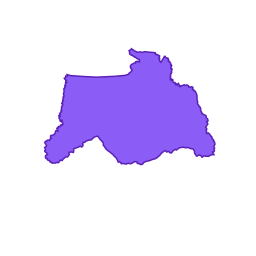 Tharaka, Eastern, Kenya (Mercator projection), rotated 43°
{"feature_id": "3690345B49853475853823", "entity_name": "Tharaka", "entity_type": "district", "adm_level": 2, "iso_a3": "KEN", "parent_name": "Kenya", "parent_adm1": "Eastern", "projection": "mercator", "projection_center": [38.037, -0.18], "detail": "fine", "context": "isolated", "style": "filled", "palette": "violet", "viewbox_px": 256, "rotation_deg": 43, "n_neighbors": 0, "source": "geoboundaries", "source_scale": "gbopen_adm2", "svg_char_len": 5716}
<svg xmlns="http://www.w3.org/2000/svg" viewBox="0 0 256 256"><g transform="rotate(43 128 128)"><path d="M70.3,112.3L60.2,120.8L50.2,128.9L46.9,130.5L47.1,130.8L48.0,131.0L48.2,131.6L48.1,132.1L47.7,132.4L47.1,132.5L48.0,134.2L47.5,135.0L47.7,135.3L50.5,135.2L50.7,135.4L50.3,135.9L51.3,136.9L51.3,137.4L51.6,137.5L52.1,137.1L52.0,137.9L52.5,138.7L52.8,140.0L53.8,140.3L53.6,140.7L54.2,141.1L54.1,141.7L54.5,141.9L54.3,143.0L56.5,145.0L57.3,146.8L58.3,147.6L59.2,148.0L59.3,148.6L59.8,148.9L59.4,149.5L59.9,150.3L61.4,151.4L61.6,151.7L61.3,152.2L61.9,152.7L61.9,153.1L62.6,153.4L62.7,155.2L63.0,155.3L63.5,154.9L63.8,154.9L64.4,155.5L65.0,158.0L66.4,159.2L66.7,160.2L67.4,160.5L67.4,161.3L68.2,161.4L68.1,163.6L68.2,164.2L69.1,164.5L69.3,164.9L69.3,165.4L68.9,166.1L69.0,166.3L69.6,166.5L70.4,165.8L70.6,166.5L70.4,167.2L70.7,167.5L71.2,168.0L72.4,168.2L73.4,169.1L74.4,169.0L74.2,168.5L73.6,168.3L74.5,167.3L75.1,167.7L75.3,168.0L75.3,168.4L75.5,168.6L76.9,168.8L78.0,169.9L77.9,170.5L76.9,171.1L77.4,171.6L77.3,171.9L76.9,172.0L76.9,172.3L77.3,173.1L77.3,173.6L76.2,174.1L76.1,174.6L76.8,175.2L76.8,175.5L76.5,175.6L76.1,176.7L76.2,176.9L77.7,177.3L78.8,177.9L77.6,178.6L77.1,179.3L77.1,179.7L77.5,180.0L78.5,182.0L78.3,183.1L77.8,184.9L76.7,186.0L76.9,186.8L77.6,187.5L79.0,188.0L78.5,189.4L79.1,190.5L77.6,191.6L77.3,192.0L77.2,192.4L77.5,193.4L76.8,194.0L76.9,195.2L77.2,195.5L80.3,196.3L80.7,196.8L80.7,197.2L80.4,198.1L80.4,199.2L81.1,199.4L82.4,200.2L82.7,200.5L82.6,201.4L83.0,201.8L84.3,201.9L85.2,201.6L87.2,202.4L86.6,203.7L86.6,204.2L87.0,205.2L87.9,205.9L88.8,206.2L89.8,205.5L90.1,205.6L90.6,206.2L91.9,206.0L92.8,205.3L94.4,206.0L95.0,205.2L96.4,205.5L98.0,203.8L98.8,203.3L99.4,201.6L100.5,201.2L100.6,200.7L100.8,199.8L100.5,198.6L100.6,197.5L102.1,196.6L101.8,195.5L102.0,192.5L102.3,191.4L103.5,190.4L103.5,189.8L103.2,187.4L101.6,186.4L101.4,185.9L103.1,184.1L104.7,183.2L104.7,182.8L104.2,182.2L102.7,180.4L102.6,179.8L104.7,176.0L105.3,174.1L105.8,173.8L106.9,173.6L107.1,173.3L107.3,172.5L107.1,171.7L106.6,171.0L105.3,170.1L105.1,169.3L106.0,168.2L106.5,165.6L107.6,163.7L109.2,161.8L109.5,157.6L110.4,155.9L111.3,154.8L111.6,154.6L115.4,155.4L117.7,155.4L118.5,155.8L119.1,155.4L120.4,156.0L121.2,157.0L121.8,157.5L123.2,157.6L126.3,158.4L129.1,158.3L131.6,157.9L133.6,157.9L134.4,157.6L137.0,158.0L140.0,157.9L144.2,159.6L144.9,158.3L147.2,158.6L147.8,158.5L148.1,157.7L151.3,155.6L151.8,154.3L152.6,153.4L154.4,152.3L154.8,151.5L155.6,148.5L156.7,147.3L157.6,146.7L158.9,147.5L159.3,147.4L160.1,146.6L162.0,146.2L163.0,145.2L163.3,144.2L163.1,142.0L164.7,138.9L165.7,137.7L168.0,133.1L168.6,132.5L169.2,131.0L169.5,129.6L169.9,125.9L169.6,123.8L170.3,119.7L170.7,119.2L172.5,119.2L172.9,118.9L173.1,117.8L173.5,117.6L175.7,117.4L176.6,116.9L176.8,116.0L176.5,114.4L176.6,113.5L177.0,111.7L177.3,111.3L178.3,111.2L178.5,110.8L179.0,107.6L181.5,104.3L183.7,103.2L184.7,101.8L185.4,101.2L188.2,100.2L189.5,99.1L190.8,99.1L192.0,99.5L193.0,100.0L193.6,100.8L194.1,101.1L195.9,101.4L196.9,101.8L197.5,101.7L197.9,101.0L198.2,99.5L198.6,99.2L200.2,98.4L201.5,98.9L202.1,98.8L202.6,96.5L204.0,95.7L206.2,93.8L207.0,91.3L208.2,89.5L209.1,88.9L208.6,88.6L207.5,88.6L206.9,88.2L206.1,88.0L206.1,87.7L207.0,86.9L206.8,85.7L206.1,85.2L205.4,85.0L205.2,83.8L205.0,83.6L204.4,83.8L203.8,83.3L203.3,82.7L202.7,80.6L201.7,79.8L201.1,79.7L200.6,79.1L199.2,79.2L198.9,78.4L196.6,78.3L195.1,77.2L193.9,77.4L192.0,76.8L190.2,76.8L189.8,77.3L189.6,78.2L189.3,78.3L188.6,78.0L187.7,76.8L186.6,76.3L186.4,75.0L185.2,74.6L184.4,74.6L184.2,74.4L183.7,70.8L183.5,70.5L181.3,69.9L181.1,69.6L181.7,68.9L181.7,68.4L181.6,68.1L180.8,67.5L180.0,67.1L179.2,67.2L178.3,67.1L176.7,65.8L176.0,65.9L173.8,66.7L173.2,66.6L172.8,66.9L171.9,67.0L171.4,66.3L169.0,65.6L168.2,64.5L166.9,63.7L165.8,63.5L165.2,63.7L164.3,63.2L162.5,63.0L162.1,62.7L161.7,62.3L161.3,61.4L160.1,60.9L158.7,59.7L156.4,57.3L154.3,56.1L151.8,55.2L150.8,55.7L150.1,55.3L149.5,55.9L149.1,55.9L148.4,55.4L148.5,54.8L147.9,54.4L147.8,54.1L147.4,54.0L146.5,54.3L146.1,55.4L145.1,55.7L144.6,56.6L143.2,55.9L141.7,56.3L141.2,57.6L139.6,58.1L138.5,60.5L138.0,60.9L138.1,61.9L137.3,62.5L136.8,61.8L136.3,61.8L135.5,61.3L134.7,61.1L134.8,61.4L135.2,61.5L135.1,61.8L134.4,61.8L134.7,62.5L134.4,62.7L134.2,63.3L133.6,63.0L133.6,63.6L133.4,63.8L133.0,63.6L132.9,63.0L132.7,63.0L132.5,63.3L132.0,63.3L131.4,62.7L130.8,63.1L130.5,63.7L130.0,63.8L128.4,63.0L128.5,62.7L128.0,62.2L127.6,62.2L127.7,62.8L127.3,62.9L127.2,63.4L126.9,62.9L126.3,62.5L125.5,62.7L125.8,63.3L125.7,63.5L124.9,62.3L124.1,61.8L124.0,61.1L123.5,61.0L122.6,59.6L122.2,59.5L122.1,58.9L122.4,58.7L122.1,57.6L121.2,57.0L120.7,55.8L119.8,54.8L119.3,55.4L119.0,55.4L118.8,55.2L119.0,54.9L118.1,54.8L117.9,54.5L117.9,53.9L117.4,53.1L117.5,52.7L116.6,52.3L116.3,52.8L116.1,52.8L115.8,52.2L114.9,51.5L114.3,51.6L113.1,51.0L112.9,51.6L111.8,51.6L111.1,50.3L110.4,50.1L110.1,50.3L109.8,49.8L109.5,50.0L108.5,50.2L107.8,50.7L107.3,50.8L106.2,50.3L105.8,50.7L107.3,57.4L105.9,57.3L105.6,57.6L104.5,56.5L103.6,56.3L103.8,55.6L103.5,55.4L103.0,55.7L102.7,55.5L102.7,55.2L102.2,54.7L102.2,53.9L101.9,53.7L100.6,54.0L99.1,54.5L98.4,55.2L97.8,54.8L97.1,55.1L96.5,54.4L88.0,61.0L87.1,62.7L84.9,64.1L83.4,66.1L80.3,67.1L76.4,67.7L76.7,68.4L76.0,70.7L77.0,71.1L77.6,71.5L77.7,71.9L78.8,72.7L80.0,72.4L80.5,72.6L82.5,71.8L83.0,71.9L84.1,71.5L84.7,71.6L85.1,71.2L86.6,71.2L88.2,70.8L89.3,70.2L89.7,70.2L90.1,70.8L90.9,71.2L91.2,72.0L89.4,72.8L88.4,74.3L88.5,74.6L89.1,74.9L89.1,75.2L88.1,76.6L88.0,77.4L87.4,78.6L87.2,80.0L87.3,80.6L88.1,81.8L89.3,82.2L89.9,82.6L90.3,82.3L91.4,82.9L91.9,84.8L91.4,86.6L91.7,88.8L90.8,89.7L90.4,91.0L83.2,99.1L70.3,112.3Z" fill="#8b5cf6" stroke="#5b21b6" stroke-width="1.5"/></g></svg>